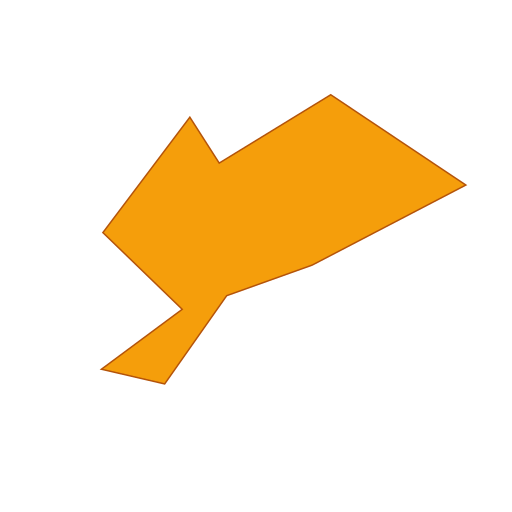 outline of Galax, Virginia, United States of America, rotated 31°
{"feature_id": "52423323B65512334983312", "entity_name": "Galax", "entity_type": "district", "adm_level": 2, "iso_a3": "USA", "parent_name": "United States of America", "parent_adm1": "Virginia", "projection": "orthographic", "projection_center": [-80.921, 36.66], "detail": "fine", "context": "isolated", "style": "filled", "palette": "amber", "viewbox_px": 512, "rotation_deg": 31, "n_neighbors": 0, "source": "geoboundaries", "source_scale": "gbopen_adm2", "svg_char_len": 300}
<svg xmlns="http://www.w3.org/2000/svg" viewBox="0 0 512 512"><g transform="rotate(31 256 256)"><path d="M176.6,195.3L127.8,171.1L112.7,314.8L220.2,339.7L181.8,432.7L243.6,412.7L251.3,305.1L308.8,234.9L399.3,87.1L237.0,79.3L176.6,195.3Z" fill="#f59e0b" stroke="#b45309" stroke-width="1.5"/></g></svg>